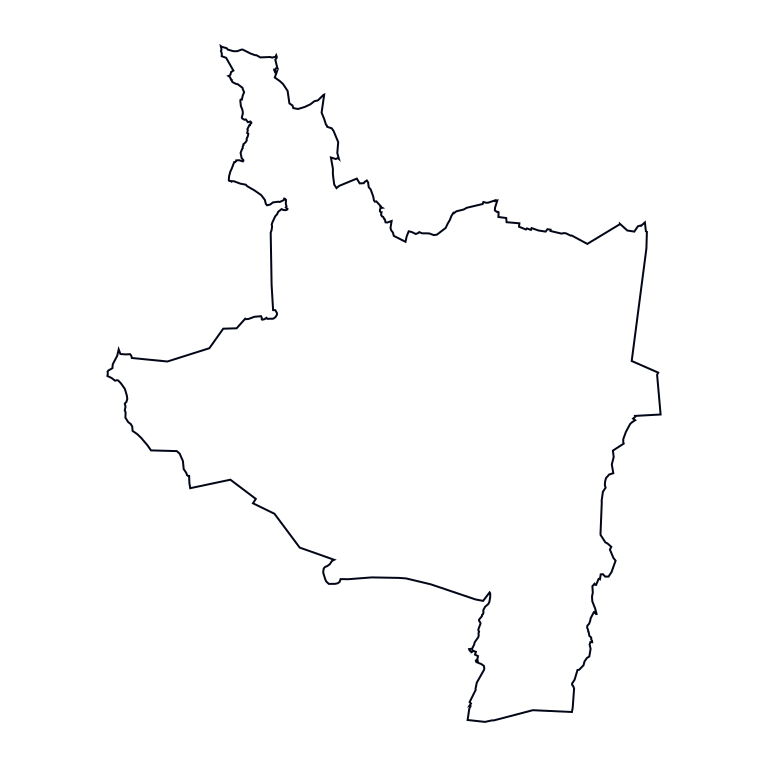 outline of Zacapu, Michoacán, Mexico
{"feature_id": "50627088B28072853105551", "entity_name": "Zacapu", "entity_type": "district", "adm_level": 2, "iso_a3": "MEX", "parent_name": "Mexico", "parent_adm1": "Michoacán", "projection": "equal_earth", "projection_center": [-101.852, 19.83], "detail": "fine", "context": "isolated", "style": "outline", "palette": "ink", "viewbox_px": 768, "rotation_deg": 0, "n_neighbors": 0, "source": "geoboundaries", "source_scale": "gbopen_adm2", "svg_char_len": 6068}
<svg xmlns="http://www.w3.org/2000/svg" viewBox="0 0 768 768"><path d="M571.9,712.0L572.7,707.8L574.1,688.5L573.2,686.1L572.2,685.0L572.1,683.5L574.6,679.7L577.5,670.0L579.1,669.8L583.5,665.3L584.5,661.5L586.9,658.0L589.3,656.5L590.6,648.8L589.6,644.6L590.4,642.1L592.2,642.2L592.0,640.7L591.2,639.4L591.2,637.5L589.4,635.9L588.6,631.9L588.2,631.6L588.2,630.5L587.1,627.4L587.4,625.6L589.1,623.8L590.2,620.8L590.6,618.4L593.8,612.2L594.1,612.0L596.1,614.1L596.6,614.0L595.1,608.4L592.3,601.3L592.0,596.6L592.8,592.7L592.4,586.2L594.5,583.8L595.1,584.8L596.1,584.9L598.6,578.9L599.1,578.7L600.0,579.2L600.7,574.4L602.9,574.2L605.2,576.6L608.5,576.6L611.5,572.1L615.6,560.7L613.4,557.9L609.9,549.6L611.3,546.8L607.5,543.5L605.3,542.3L600.6,535.0L600.5,534.0L601.8,501.9L601.6,501.1L602.5,494.7L602.9,491.8L605.6,487.7L604.9,485.3L604.9,483.8L605.2,481.1L606.0,478.1L609.2,474.5L613.3,473.2L611.8,464.4L613.7,457.1L612.9,450.6L623.7,443.6L623.2,441.8L623.3,439.0L625.9,431.9L630.2,423.9L632.2,422.1L635.2,420.2L633.1,418.6L635.5,416.5L635.2,415.9L660.6,414.5L657.1,374.8L658.2,372.6L631.7,361.0L646.4,248.5L646.9,231.8L645.9,231.3L644.9,222.4L641.0,225.9L640.6,225.5L637.9,226.3L634.3,231.6L627.3,230.5L619.9,223.8L619.9,224.2L587.3,243.9L571.7,235.5L570.6,235.6L565.9,233.3L563.8,233.1L561.5,233.6L550.5,231.0L550.6,229.7L547.5,229.2L545.6,231.6L538.5,230.5L531.6,228.1L530.9,229.9L526.9,228.4L525.9,229.5L519.0,226.7L519.4,223.3L506.6,222.2L506.2,218.0L498.4,217.0L498.6,212.3L497.9,211.8L497.1,212.0L494.9,210.5L495.0,207.8L497.3,200.5L495.2,201.0L495.3,200.3L488.1,202.7L486.4,202.8L483.4,202.0L482.7,204.0L466.7,207.8L463.7,209.5L456.4,211.3L453.9,213.2L453.4,212.8L451.5,215.8L449.9,219.9L447.6,223.8L445.7,227.9L437.0,234.6L433.8,235.1L429.2,233.4L422.1,233.3L419.2,232.1L418.5,232.9L415.8,234.0L411.7,232.0L408.7,231.3L406.7,236.3L405.5,241.8L393.8,235.9L392.9,232.5L391.1,230.2L390.5,227.9L391.6,221.0L387.4,222.5L385.5,222.3L384.9,219.4L384.4,219.3L383.2,216.9L382.0,216.4L381.1,214.9L381.5,212.3L380.8,212.4L379.9,211.1L380.0,209.3L381.0,208.0L382.2,207.8L380.4,206.8L380.8,206.3L376.4,201.4L374.9,201.7L373.9,200.3L373.3,196.7L370.7,189.5L368.7,187.1L368.1,182.4L366.8,180.5L364.7,181.9L363.7,183.2L359.7,183.4L356.8,178.6L339.1,185.9L336.5,188.1L334.2,184.5L332.9,174.5L332.9,168.6L330.9,157.5L335.8,159.0L337.9,158.0L338.9,158.9L337.3,153.0L338.2,142.1L333.6,131.0L331.7,128.3L327.2,126.8L326.8,125.4L326.0,124.8L324.3,119.3L321.6,112.6L324.2,94.6L323.5,94.9L317.9,100.4L314.4,101.2L310.4,104.3L304.9,106.9L298.0,109.0L293.3,108.1L292.5,105.5L289.4,103.4L287.6,90.9L283.1,84.1L280.1,81.3L274.8,77.5L277.0,71.3L275.4,72.7L274.9,71.8L275.3,71.5L274.1,70.0L274.2,69.7L275.1,70.3L275.9,68.4L277.4,68.2L275.3,59.7L276.5,58.2L276.8,56.9L276.2,55.3L275.6,56.7L272.1,57.6L270.1,57.0L260.3,57.4L256.6,55.3L254.9,55.1L250.7,53.6L242.7,49.6L241.5,49.6L237.2,51.2L233.4,51.2L227.8,49.6L226.7,48.2L221.8,46.8L220.8,46.1L221.5,49.7L220.9,51.0L221.5,52.4L221.8,53.8L221.7,56.2L226.1,57.8L233.4,70.6L231.1,72.0L230.4,74.7L229.6,75.6L228.5,76.0L229.6,76.7L230.8,78.7L230.9,79.7L231.8,80.0L232.0,81.4L232.9,82.3L235.8,83.8L237.7,84.2L242.5,87.8L242.8,89.1L244.1,92.2L242.7,95.7L241.9,99.6L240.6,99.6L240.3,100.8L240.9,106.2L242.2,109.2L242.8,111.9L242.8,113.6L241.8,117.5L242.2,118.4L244.3,119.7L245.9,119.5L247.9,122.2L250.3,121.5L251.2,122.3L251.4,122.9L250.1,124.3L250.0,125.1L249.4,125.1L247.4,129.1L247.8,130.2L247.2,133.0L248.3,133.7L247.9,136.0L246.6,138.9L246.8,140.3L245.6,142.3L243.3,144.3L243.5,145.2L242.7,146.7L242.7,148.3L242.1,149.0L240.6,152.9L241.6,158.0L243.4,160.2L243.3,160.8L242.9,161.4L239.0,160.2L236.2,160.4L236.2,161.1L234.9,162.2L234.2,162.1L231.7,168.7L230.4,171.4L229.1,176.1L228.8,180.3L229.3,180.9L231.1,181.1L231.5,181.6L232.0,181.2L234.1,181.3L240.2,183.6L245.8,184.7L247.2,186.2L254.6,190.5L261.2,195.1L264.8,199.8L265.9,204.0L267.1,205.3L270.2,204.5L273.0,202.4L278.3,201.7L279.7,202.0L283.8,200.1L284.2,198.6L285.0,198.8L286.0,199.9L285.8,203.6L286.5,206.4L285.8,207.4L287.5,209.0L286.7,209.9L285.6,210.2L283.2,209.9L281.6,209.1L278.2,211.8L277.0,214.4L275.2,216.3L272.4,222.4L271.7,224.6L272.1,226.3L271.6,230.1L270.7,232.6L271.6,285.0L273.1,310.1L275.3,310.2L276.9,312.9L277.0,314.7L275.3,317.3L273.2,318.7L267.2,318.8L266.5,317.8L264.4,319.2L262.2,319.7L261.7,319.1L261.7,317.5L261.0,316.2L254.3,316.8L248.7,318.9L245.9,319.2L245.2,318.7L236.6,328.3L223.2,328.7L209.4,348.2L167.4,361.5L131.9,358.0L131.2,355.6L130.1,354.2L125.5,354.4L120.4,354.0L118.7,349.4L117.2,355.8L112.8,364.2L112.4,368.2L108.4,370.5L107.6,371.6L107.8,373.8L107.4,376.0L111.6,378.0L115.1,380.7L116.9,380.2L118.2,380.5L120.9,383.3L124.9,389.0L126.8,395.4L127.3,398.9L126.4,401.9L124.8,403.6L125.5,406.6L124.8,410.5L125.6,412.3L125.4,417.7L128.2,422.1L130.7,424.0L132.2,426.4L132.6,430.9L137.2,434.1L141.0,437.7L147.4,445.2L151.0,450.4L176.8,451.1L179.7,453.7L182.9,461.0L183.7,469.1L186.3,472.9L187.0,475.1L187.8,475.8L189.1,475.9L189.4,483.0L190.2,488.2L230.4,479.7L255.8,498.9L253.0,503.3L274.5,513.8L299.7,547.6L334.2,559.8L332.0,560.9L329.7,564.3L327.2,566.1L325.2,566.9L324.2,567.8L323.6,569.0L323.2,572.1L323.4,573.4L325.4,579.7L326.2,581.4L328.8,583.9L334.7,583.9L337.6,583.3L339.6,581.9L340.6,579.1L348.3,579.2L371.8,577.4L398.6,577.9L406.0,578.4L430.7,584.3L475.4,599.4L483.1,600.9L489.6,592.4L490.2,593.3L490.2,597.0L489.4,601.8L488.3,604.0L485.0,606.9L483.4,610.0L483.2,610.8L483.5,612.1L483.0,614.1L482.0,615.0L481.9,616.2L479.0,619.7L479.2,621.0L480.3,622.5L480.5,623.6L478.3,629.6L478.4,630.5L479.1,631.7L478.5,633.2L478.7,635.6L478.2,637.3L474.6,642.4L474.2,644.5L472.1,648.7L469.1,649.1L469.6,650.5L471.0,651.5L471.4,652.3L471.8,652.2L472.7,650.3L473.7,651.1L475.9,651.8L475.0,654.6L478.0,656.1L477.5,658.7L475.8,660.8L476.4,662.1L477.1,662.3L477.8,661.4L478.1,662.8L481.2,664.0L483.8,665.8L484.3,668.2L484.0,669.9L476.8,682.6L475.5,688.9L475.7,689.9L469.6,702.1L471.0,703.5L469.8,705.3L470.2,705.1L470.6,706.1L469.3,708.6L467.6,720.0L485.0,721.9L491.9,720.4L493.8,720.4L532.8,710.2L571.9,712.0Z" fill="none" stroke="#020617" stroke-width="2"/></svg>